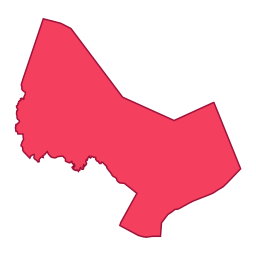 the district of Segamat, Johor, Malaysia
{"feature_id": "92858781B96897508285102", "entity_name": "Segamat", "entity_type": "district", "adm_level": 2, "iso_a3": "MYS", "parent_name": "Malaysia", "parent_adm1": "Johor", "projection": "robinson", "projection_center": [102.787, 2.5], "detail": "fine", "context": "isolated", "style": "filled", "palette": "rose", "viewbox_px": 256, "rotation_deg": 0, "n_neighbors": 0, "source": "geoboundaries", "source_scale": "gbopen_adm2", "svg_char_len": 3181}
<svg xmlns="http://www.w3.org/2000/svg" viewBox="0 0 256 256"><path d="M43.3,18.8L23.1,78.7L21.3,84.7L21.3,85.0L21.6,86.1L21.9,86.7L21.9,87.4L21.9,88.2L21.8,89.0L22.2,89.8L23.2,90.8L23.5,91.2L24.1,91.5L25.0,92.1L25.3,92.5L25.4,93.3L25.2,94.0L25.0,94.8L24.6,95.7L24.1,96.5L23.9,97.4L23.9,98.3L23.9,99.1L23.3,99.4L22.8,98.6L22.3,98.3L21.4,98.3L20.5,98.7L20.6,99.4L21.0,99.9L20.8,100.4L20.3,100.5L19.5,100.7L19.3,101.0L18.7,101.7L18.5,102.3L18.7,102.8L18.3,103.4L17.9,103.9L17.7,105.0L17.4,105.5L16.6,105.9L16.5,106.6L16.7,107.3L17.1,108.1L17.4,108.8L17.6,109.5L17.7,110.2L17.3,110.8L16.8,110.9L16.7,112.0L16.5,113.8L16.7,114.8L17.0,115.6L17.1,116.6L17.0,117.9L17.7,119.3L18.3,119.7L19.1,120.3L19.4,120.7L19.4,121.9L18.0,123.2L17.4,124.2L16.8,124.2L16.4,124.2L15.8,124.8L15.7,125.6L16.1,126.0L15.7,126.8L15.4,127.5L15.6,128.7L15.8,130.2L16.0,131.4L16.6,131.4L17.3,131.6L17.7,133.2L17.9,134.0L22.9,134.0L23.5,139.8L22.7,140.9L22.0,142.3L21.6,143.7L21.1,144.8L21.1,145.9L22.3,146.7L22.7,148.1L22.8,149.9L23.3,151.3L29.8,158.1L30.9,155.9L32.7,154.9L33.9,154.4L34.3,156.0L33.9,157.6L34.5,158.8L35.8,159.7L37.6,161.3L38.0,162.0L39.2,161.6L39.1,160.2L39.3,159.2L40.0,158.3L41.1,157.1L42.0,157.2L43.3,157.5L42.9,155.8L44.5,154.7L45.9,153.1L47.2,151.6L48.5,154.1L49.6,155.4L50.5,156.4L51.5,157.2L53.1,157.6L54.7,157.9L56.0,157.6L57.8,156.6L61.6,156.1L63.1,156.3L64.0,157.5L65.0,158.2L65.5,159.6L65.4,161.0L66.1,161.5L66.7,161.8L67.3,161.9L67.8,162.1L68.6,162.6L69.6,162.8L70.2,162.7L70.8,162.3L71.5,161.4L72.0,161.5L71.9,162.2L72.1,162.9L72.5,163.4L72.9,163.9L73.4,164.0L74.2,163.8L74.3,164.2L73.8,164.7L73.6,165.2L73.8,165.7L74.4,165.5L74.7,165.6L74.3,166.0L74.0,166.2L73.9,166.6L74.4,166.7L74.2,167.0L73.7,167.1L73.6,167.5L73.6,167.8L73.3,167.6L73.0,167.1L72.8,166.6L72.3,166.9L72.4,167.2L72.1,167.6L72.5,168.1L73.1,168.7L73.2,169.1L73.5,169.6L74.4,169.7L74.9,170.1L75.2,170.3L75.7,170.4L76.5,170.0L77.0,170.0L77.1,170.6L77.4,170.6L77.8,170.1L78.2,170.2L78.5,171.2L79.0,170.5L79.4,170.5L79.9,170.0L79.9,169.3L80.0,168.5L80.5,167.6L80.9,168.0L81.3,168.7L81.7,169.1L82.3,169.3L83.1,169.3L83.5,168.8L83.5,168.3L83.1,167.4L83.1,166.7L83.3,165.8L83.6,165.2L84.1,166.1L84.5,166.5L84.7,165.9L84.5,165.0L85.1,165.0L85.6,165.3L86.0,164.9L86.3,164.3L86.6,163.4L86.3,162.7L85.9,162.0L85.8,161.1L86.3,160.7L86.3,159.9L87.1,160.3L87.5,159.8L87.5,158.8L87.8,158.2L88.7,156.6L89.6,156.2L89.6,156.8L89.4,157.4L90.5,158.0L91.3,157.1L91.8,156.3L93.6,157.3L94.7,157.3L95.7,157.5L95.7,158.4L95.6,159.1L96.3,160.2L97.3,161.3L98.3,161.3L98.7,162.3L99.7,163.5L101.0,163.5L101.4,162.2L102.8,162.4L103.5,163.3L104.8,164.4L105.4,165.3L106.8,166.3L106.8,167.7L107.9,169.3L111.0,173.2L112.3,175.5L113.2,176.4L115.3,177.4L116.5,178.6L117.0,180.4L118.0,181.7L119.7,182.9L121.4,183.1L123.3,183.2L124.3,183.3L136.9,193.3L120.9,222.3L119.8,225.5L138.3,235.4L142.5,236.6L146.2,237.2L152.5,236.3L160.5,236.3L161.5,222.8L167.8,214.5L171.5,212.1L175.0,209.4L177.9,209.1L181.0,207.6L187.4,204.0L193.2,201.0L200.0,198.3L209.0,194.8L213.2,193.0L217.7,190.0L223.2,186.7L227.2,182.8L240.6,168.8L213.9,102.5L212.8,102.8L174.1,120.5L122.6,97.2L71.0,28.6L60.8,23.3L43.3,18.8Z" fill="#f43f5e" stroke="#9f1239" stroke-width="1.5"/></svg>